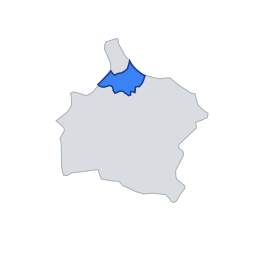 Prizren highlighted on a map of Kosovo, rotated 154°
{"feature_id": "KOS-5908", "entity_name": "Prizren", "entity_type": "District", "adm_level": 1, "iso_a3": "XKX", "parent_name": "Kosovo", "parent_adm1": "", "projection": "orthographic", "projection_center": [20.721, 42.201], "detail": "fine", "context": "in_parent", "style": "filled", "palette": "blue", "viewbox_px": 256, "rotation_deg": 154, "n_neighbors": 0, "source": "natural_earth", "source_scale": "10m", "svg_char_len": 1608}
<svg xmlns="http://www.w3.org/2000/svg" viewBox="0 0 256 256"><g transform="rotate(154 128 128)"><path d="M78.3,94.4L89.6,90.8L91.2,88.2L88.7,82.5L90.2,79.0L103.7,69.0L105.9,64.4L106.8,60.9L104.9,57.1L102.4,51.1L103.7,48.6L110.6,45.2L116.3,41.2L119.7,40.9L121.8,43.8L121.8,46.7L123.6,51.8L127.8,54.4L134.8,58.8L142.9,61.8L149.2,67.8L157.9,78.5L159.3,83.8L167.1,88.5L174.4,93.8L173.3,103.8L198.1,112.2L203.7,112.0L206.4,113.5L206.3,115.8L204.5,122.7L194.5,144.2L193.7,148.6L186.5,153.3L185.5,156.0L187.6,161.9L189.6,166.0L189.4,166.0L173.8,169.5L168.5,173.6L165.4,180.7L164.4,184.4L161.6,184.5L157.0,180.9L151.1,175.2L143.6,175.7L117.7,188.2L115.2,194.7L114.6,208.8L112.8,212.6L110.1,215.1L99.3,213.5L98.2,212.6L99.6,207.2L99.1,195.4L94.3,175.7L90.9,169.3L83.8,162.9L78.4,158.7L68.5,154.9L63.6,144.1L56.2,131.9L52.6,129.0L53.2,127.8L55.0,118.6L52.9,111.9L49.6,106.1L51.9,102.7L58.8,102.8L64.5,103.4L66.5,98.0L78.3,94.4Z" fill="#d9dde1" stroke="#a8b0b8" stroke-width="1"/><path d="M97.0,187.8L97.0,183.9L96.7,181.7L95.7,178.4L92.3,170.8L90.5,168.4L89.8,167.6L93.6,163.7L95.5,162.2L99.6,160.2L101.7,161.2L103.4,161.5L104.8,159.0L106.2,156.8L107.3,157.7L108.3,159.0L109.9,159.3L111.1,156.5L113.2,156.8L114.4,159.3L115.6,160.9L116.0,162.8L118.9,164.7L122.1,164.7L124.5,165.0L124.9,168.2L124.2,169.7L124.0,171.8L125.0,173.7L127.7,174.7L130.3,174.9L131.9,175.4L133.7,176.5L135.4,178.5L135.8,180.2L135.8,180.3L129.3,182.5L120.7,185.5L118.4,186.8L117.9,183.5L116.7,181.2L114.9,181.5L112.3,181.2L109.5,180.3L105.9,180.6L102.6,181.5L99.8,184.4L97.0,187.8Z" fill="#3b82f6" stroke="#1e3a8a" stroke-width="1.5"/></g></svg>